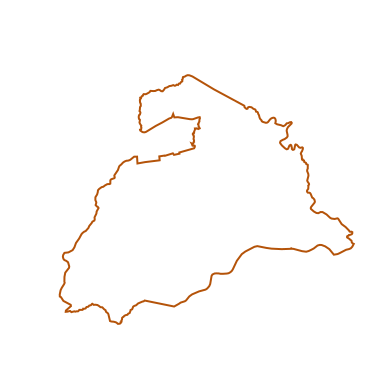 Altos Del Rosario, Bolívar, Colombia, rotated 169°
{"feature_id": "7082276B5966279744772", "entity_name": "Altos Del Rosario", "entity_type": "district", "adm_level": 2, "iso_a3": "COL", "parent_name": "Colombia", "parent_adm1": "Bolívar", "projection": "mercator", "projection_center": [-74.186, 8.744], "detail": "fine", "context": "isolated", "style": "outline", "palette": "amber", "viewbox_px": 384, "rotation_deg": 169, "n_neighbors": 0, "source": "geoboundaries", "source_scale": "gbopen_adm2", "svg_char_len": 5934}
<svg xmlns="http://www.w3.org/2000/svg" viewBox="0 0 384 384"><g transform="rotate(169 192 192)"><path d="M213.5,299.2L214.6,298.1L217.1,297.2L218.8,296.8L220.8,297.3L221.4,296.8L221.9,295.9L222.3,295.9L223.2,295.4L223.7,294.6L224.7,294.5L224.4,293.5L225.4,293.0L225.4,292.2L225.7,291.8L225.9,289.5L225.5,288.7L225.7,286.9L226.0,286.0L226.8,285.3L227.6,282.4L228.1,281.5L227.6,280.6L227.5,279.6L228.4,277.9L229.0,277.8L229.5,277.2L230.0,275.8L230.1,273.9L229.4,273.0L229.4,272.6L230.3,270.1L229.9,268.5L229.1,266.7L229.6,265.6L229.4,264.8L230.0,263.2L230.5,262.9L231.1,263.0L231.1,262.3L229.3,260.4L228.6,260.0L227.0,259.6L225.6,259.8L214.9,263.8L207.9,265.9L200.4,268.5L198.2,268.8L197.4,269.4L195.6,272.2L195.1,268.6L191.5,268.1L180.2,263.9L178.2,263.4L177.1,263.3L172.1,264.0L170.2,264.0L170.1,263.0L171.0,261.3L171.3,259.7L171.9,259.2L172.4,258.1L172.8,258.0L173.2,257.3L172.8,256.6L173.0,255.1L172.5,253.9L172.3,253.0L173.9,252.6L174.8,253.4L175.3,253.6L175.8,253.4L176.2,253.7L177.0,253.8L177.0,253.0L178.6,250.5L178.6,249.7L179.1,249.1L179.7,249.4L180.0,249.2L180.2,248.4L179.5,246.6L179.7,246.3L179.6,245.8L180.4,243.7L180.1,242.4L180.5,241.4L180.4,240.8L181.1,240.4L181.4,239.6L181.9,239.2L182.4,239.2L183.1,239.7L182.9,239.0L182.7,237.5L182.2,237.2L181.0,237.2L180.5,236.9L180.5,236.2L180.8,235.5L181.6,234.5L196.9,233.2L197.0,232.0L202.6,231.9L203.4,233.6L211.7,232.7L211.9,233.0L217.3,233.2L217.7,229.3L218.2,229.3L232.4,230.3L240.1,230.4L239.2,237.2L242.1,237.7L246.2,235.5L247.1,235.2L248.8,235.0L250.4,235.2L252.4,234.8L254.2,234.0L256.2,232.5L258.1,231.5L258.8,230.7L260.5,227.7L264.8,223.4L265.2,222.7L265.0,221.3L265.5,220.4L268.9,219.9L269.9,219.1L270.6,215.8L271.4,215.5L273.6,215.9L276.3,215.0L278.0,214.1L279.8,214.0L282.6,212.7L284.0,211.6L284.5,209.9L285.6,207.7L287.8,205.3L288.4,202.5L287.9,200.2L288.4,198.8L289.1,197.6L288.1,195.9L287.4,195.5L286.8,194.1L289.3,191.1L290.0,189.0L292.5,185.7L292.7,183.7L293.3,182.6L295.4,181.9L296.5,180.6L299.3,178.3L300.6,176.4L303.9,173.9L305.2,173.7L307.2,172.7L308.5,171.7L311.7,167.8L315.6,164.1L318.0,160.1L320.3,157.7L324.8,156.3L328.8,156.6L330.5,154.7L331.1,153.1L331.0,151.0L330.3,149.6L328.6,148.4L327.1,146.7L326.7,142.4L327.2,141.0L331.8,137.0L333.4,133.0L334.4,128.2L334.3,127.2L335.1,126.0L338.1,122.8L339.7,120.7L341.4,116.6L341.7,114.6L340.7,113.8L339.0,109.6L332.6,104.4L332.6,103.1L338.4,99.7L338.8,98.5L336.9,98.3L335.0,98.5L334.3,98.4L333.3,97.1L330.2,97.3L329.5,96.8L328.3,96.9L326.7,96.6L326.1,96.9L325.1,97.8L322.1,97.2L321.4,97.5L321.1,98.2L319.8,97.9L318.7,98.0L317.5,99.2L315.7,99.2L314.6,100.1L312.8,100.2L311.4,101.3L311.1,101.3L310.1,100.0L308.4,99.8L306.4,99.1L305.2,98.0L303.8,96.4L302.0,95.9L300.8,93.9L299.4,92.4L299.3,90.9L297.6,88.8L297.4,87.9L297.1,81.0L296.0,80.3L293.6,79.6L291.7,78.7L290.8,77.9L289.9,76.7L288.0,76.5L287.1,76.9L286.9,77.8L286.3,77.8L285.9,78.1L285.9,79.2L285.1,80.0L284.6,81.8L283.7,82.4L283.1,82.5L282.0,83.4L280.3,83.8L278.8,83.8L277.9,84.7L276.3,85.1L275.1,87.1L274.8,87.9L273.1,88.3L271.6,90.7L270.4,91.2L268.4,91.5L266.2,92.9L261.5,93.9L260.3,93.9L259.2,94.5L231.4,83.0L226.0,84.8L224.3,85.6L219.9,86.1L218.5,86.7L214.6,90.0L211.4,91.5L204.0,93.1L197.3,93.6L195.6,94.3L193.1,96.2L191.7,98.2L188.8,105.9L187.7,107.1L185.4,107.7L183.7,107.5L181.7,107.1L179.4,106.2L177.3,105.8L173.3,105.3L171.5,105.3L169.5,106.0L167.9,107.0L166.6,108.4L161.1,115.9L155.0,121.5L151.0,123.4L141.2,126.3L138.2,126.4L129.6,122.9L124.7,121.2L114.9,118.8L105.4,117.3L105.2,117.7L104.4,117.1L103.2,116.8L95.2,112.9L91.3,111.6L88.7,111.8L86.0,112.5L83.3,113.3L79.0,115.5L76.7,115.7L74.8,115.2L71.6,113.2L68.1,109.7L64.7,103.4L60.9,103.3L59.2,103.7L51.7,105.9L48.8,106.0L46.9,106.4L45.1,107.7L43.1,110.2L44.3,111.1L44.8,112.2L44.7,113.5L44.8,113.9L46.1,115.3L46.3,115.8L48.4,117.8L48.4,118.4L47.9,119.1L46.7,119.2L46.3,119.8L44.6,119.8L43.2,120.1L42.6,120.7L42.3,122.0L43.0,122.6L44.4,122.8L44.9,123.2L45.2,124.2L47.9,128.3L51.2,131.9L53.6,137.9L54.3,138.4L57.1,138.3L60.1,139.3L61.4,140.4L64.2,144.3L67.7,147.4L69.6,147.8L72.1,147.1L73.9,147.7L76.1,149.6L78.5,152.7L78.5,153.6L77.9,154.6L73.8,158.1L73.3,158.8L73.2,159.2L73.3,161.2L74.2,162.8L75.1,163.6L75.8,167.2L76.2,168.3L76.9,168.9L78.5,169.3L78.9,170.1L79.0,170.8L78.7,171.6L77.3,172.9L76.7,175.2L76.7,176.1L76.2,176.4L75.6,177.3L75.6,177.9L76.6,180.3L76.7,181.3L74.6,185.7L74.4,187.5L75.0,190.7L74.5,192.1L73.9,192.9L73.5,195.0L73.3,195.5L73.2,196.7L74.5,197.6L74.6,198.9L76.1,200.1L76.0,201.5L76.5,202.0L77.0,202.0L77.3,202.6L77.3,203.0L77.8,203.0L77.8,203.3L77.4,206.6L77.9,208.9L77.0,210.3L76.3,210.9L74.9,213.2L74.8,214.3L75.3,214.8L77.2,214.7L78.3,215.3L80.1,218.3L81.2,218.9L81.6,218.7L83.5,214.4L84.4,214.1L85.1,214.2L85.7,215.1L85.5,217.0L85.8,218.0L85.6,218.7L86.0,219.4L86.3,219.5L87.5,219.0L89.4,216.2L90.0,215.9L91.0,215.9L92.4,217.2L94.9,220.6L96.1,223.1L96.1,223.9L95.3,225.1L92.9,225.9L90.9,226.3L88.5,227.4L87.6,228.3L87.3,229.7L87.4,234.0L86.9,235.4L85.5,237.3L81.2,240.2L80.9,240.9L81.3,241.7L82.6,241.8L84.5,241.2L86.0,241.3L87.3,240.1L88.6,239.5L89.9,239.2L91.9,240.6L95.5,242.2L97.1,243.6L96.2,245.8L96.2,247.5L96.4,248.2L96.9,249.0L97.8,249.4L98.9,249.4L100.2,249.1L101.6,248.3L104.0,246.2L104.9,245.8L106.2,245.8L109.1,247.3L110.0,248.1L110.0,248.9L111.2,250.9L111.5,252.3L111.6,254.7L112.0,255.6L112.2,257.4L112.5,258.1L113.8,258.7L113.9,260.2L114.2,260.9L115.9,262.0L117.4,263.8L119.5,264.6L120.5,264.5L120.9,264.3L121.6,263.2L122.4,263.1L122.8,263.3L124.2,265.1L124.2,266.7L150.8,288.5L169.5,305.3L172.2,307.0L173.9,307.5L175.4,307.3L177.3,306.6L178.8,306.6L179.3,305.8L179.4,304.9L180.4,304.0L180.2,303.1L180.3,302.7L181.0,302.2L181.8,302.0L183.1,300.7L183.6,300.9L184.1,300.9L185.3,299.7L186.4,300.3L187.9,299.6L188.7,299.6L190.0,300.5L192.0,300.2L194.0,300.3L196.2,299.5L198.7,299.2L199.8,297.9L201.6,296.5L202.9,296.8L204.3,298.3L205.1,298.8L206.8,298.7L208.9,298.2L210.9,298.5L213.5,299.2Z" fill="none" stroke="#b45309" stroke-width="2"/></g></svg>